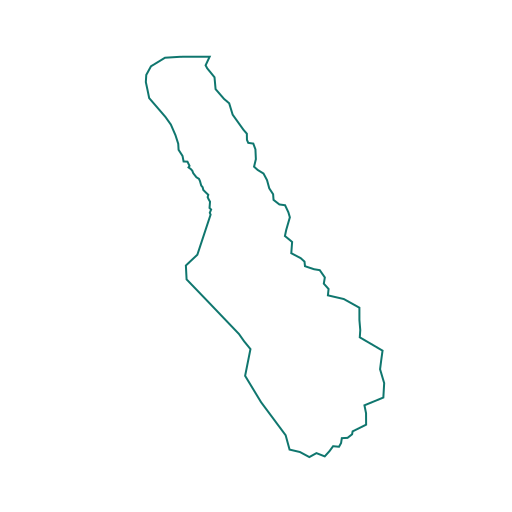 Jalingo, Taraba, Nigeria (Albers equal-area conic projection), rotated 204°
{"feature_id": "59680162B33993495702938", "entity_name": "Jalingo", "entity_type": "district", "adm_level": 2, "iso_a3": "NGA", "parent_name": "Nigeria", "parent_adm1": "Taraba", "projection": "albers", "projection_center": [11.353, 8.933], "detail": "fine", "context": "isolated", "style": "outline", "palette": "teal", "viewbox_px": 512, "rotation_deg": 204, "n_neighbors": 0, "source": "geoboundaries", "source_scale": "gbopen_adm2", "svg_char_len": 1545}
<svg xmlns="http://www.w3.org/2000/svg" viewBox="0 0 512 512"><g transform="rotate(204 256 256)"><path d="M379.4,419.2L406.0,407.3L419.8,400.1L429.1,386.6L429.9,376.8L427.4,370.1L422.6,363.5L417.8,356.8L395.3,346.2L387.2,341.4L378.7,333.6L372.7,326.9L369.9,321.5L363.8,317.5L360.6,312.9L357.0,314.3L353.4,311.3L353.7,309.5L350.9,308.9L348.9,308.0L347.0,306.1L342.5,303.7L339.5,303.3L337.6,301.6L336.3,300.0L334.7,298.1L332.7,297.1L331.0,294.9L327.9,293.7L324.5,292.5L324.1,290.1L322.3,288.5L320.1,286.9L318.7,283.0L318.0,281.0L315.9,280.2L315.8,276.7L314.3,275.3L310.1,233.3L316.2,218.8L309.9,206.4L286.2,196.8L239.8,177.8L232.1,173.2L223.2,168.7L217.2,142.1L191.9,124.5L156.0,104.3L146.6,92.8L136.1,94.8L125.5,94.0L120.6,100.5L111.7,100.9L109.5,107.6L108.2,113.6L102.6,115.5L102.2,119.7L103.5,124.5L98.4,127.1L95.7,132.2L96.4,135.1L86.8,146.7L91.5,157.1L96.2,163.7L82.1,178.5L87.2,192.0L96.6,203.0L99.3,212.0L101.9,221.0L128.1,223.9L130.6,230.7L135.5,239.6L140.5,250.8L158.3,252.4L174.3,249.3L176.3,255.4L182.8,258.3L184.4,264.4L192.0,269.0L197.7,267.5L207.1,266.6L209.4,270.6L214.2,272.2L224.9,272.9L226.6,277.6L228.7,283.5L231.0,284.2L237.7,286.0L239.0,292.1L240.8,305.1L244.2,309.1L250.1,314.2L255.6,312.6L262.8,314.4L264.1,316.8L265.5,319.4L271.4,323.2L276.8,329.8L282.7,334.4L289.5,335.3L294.1,336.8L295.5,344.4L299.9,353.2L304.2,357.6L309.1,356.2L311.5,358.4L314.1,364.0L318.8,366.2L334.8,375.6L342.6,384.6L349.1,386.5L360.8,392.0L366.6,402.4L376.9,407.6L379.6,409.7L379.4,419.2Z" fill="none" stroke="#0f766e" stroke-width="2"/></g></svg>